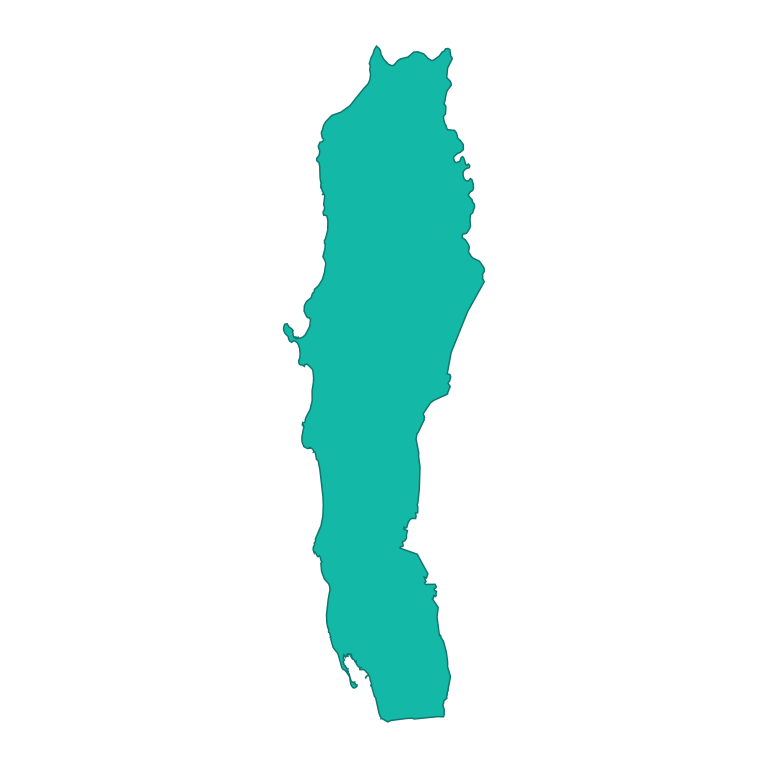 outline of La Union, La Union, Philippines
{"feature_id": "2640588B50881283310688", "entity_name": "La Union", "entity_type": "district", "adm_level": 2, "iso_a3": "PHL", "parent_name": "Philippines", "parent_adm1": "La Union", "projection": "equal_earth", "projection_center": [120.343, 16.561], "detail": "fine", "context": "isolated", "style": "filled", "palette": "teal", "viewbox_px": 768, "rotation_deg": 0, "n_neighbors": 0, "source": "geoboundaries", "source_scale": "gbopen_adm2", "svg_char_len": 6089}
<svg xmlns="http://www.w3.org/2000/svg" viewBox="0 0 768 768"><path d="M484.2,281.8L482.7,278.8L482.6,274.4L484.4,271.0L483.9,267.7L479.4,261.2L473.0,258.1L471.3,256.5L468.5,251.9L469.3,247.3L468.6,244.9L465.2,239.7L462.1,237.6L462.6,234.2L466.5,233.3L469.5,228.8L470.5,226.2L470.0,219.1L470.5,215.2L470.8,214.3L472.5,213.0L474.6,207.0L474.3,204.1L472.7,202.4L472.1,199.7L469.0,196.4L468.5,194.8L469.6,192.4L472.4,190.6L473.5,188.3L473.3,184.4L471.9,179.6L470.5,178.6L468.3,181.0L466.4,180.9L464.2,179.1L463.1,175.5L463.1,172.3L463.7,170.8L466.0,168.7L469.4,167.6L469.7,165.6L468.3,164.0L466.6,165.3L465.7,164.3L463.9,158.3L462.6,156.6L461.2,157.6L459.7,161.5L456.3,162.6L455.4,162.4L454.3,160.7L453.6,158.6L453.9,156.6L457.7,153.3L460.1,152.5L463.4,149.6L463.3,144.5L460.2,140.3L457.9,138.5L456.5,133.0L454.6,130.4L447.6,129.7L447.0,128.9L445.9,125.3L445.2,124.7L443.6,119.0L443.6,115.9L445.5,114.0L445.9,106.9L445.4,105.5L443.9,104.0L444.9,101.1L445.9,94.9L447.1,90.8L451.3,85.2L450.9,82.6L450.0,80.9L446.7,77.6L447.6,68.0L452.2,58.8L452.1,57.8L450.7,55.8L449.9,49.7L448.0,48.5L445.5,48.9L444.2,51.1L442.2,52.0L439.3,56.0L433.7,60.1L431.7,60.6L428.0,58.4L423.9,54.0L417.8,51.8L413.7,52.1L408.1,57.0L400.5,58.9L397.6,60.8L393.9,65.2L391.7,65.6L388.2,64.1L383.7,59.2L381.0,54.3L380.4,50.5L378.9,48.3L376.4,46.1L374.1,50.1L373.0,54.3L371.3,57.1L369.3,63.6L370.3,65.9L369.7,69.8L370.6,74.4L369.9,79.6L368.2,83.7L363.5,88.8L350.0,105.7L340.9,112.2L331.8,115.4L325.7,121.7L323.5,125.7L322.6,129.8L321.5,131.8L321.4,133.6L322.2,137.8L323.4,138.7L323.5,140.1L322.4,141.8L320.0,142.2L318.3,146.2L318.8,148.7L319.7,150.1L319.5,153.6L318.9,155.6L317.0,158.0L316.6,159.5L316.8,160.7L318.9,162.7L319.7,166.0L320.1,177.9L320.7,181.9L321.3,183.1L320.9,183.9L320.8,188.5L321.3,187.1L322.3,191.1L323.6,192.9L322.2,195.1L323.4,193.7L324.3,194.7L324.7,196.5L323.6,204.6L324.7,207.5L324.0,210.6L323.2,211.4L323.2,213.6L323.8,215.4L325.1,215.2L326.9,216.0L327.9,220.8L327.7,230.4L325.4,239.1L324.4,240.5L324.6,243.6L325.3,243.9L324.9,249.0L322.9,256.7L325.2,261.0L325.8,263.7L324.4,272.8L322.4,279.3L320.3,282.9L318.2,286.0L314.5,289.3L314.2,291.9L312.6,293.1L311.1,297.7L306.5,301.5L304.4,305.7L304.1,311.1L306.7,316.7L307.9,317.7L309.5,317.8L310.5,319.8L309.7,326.5L305.4,334.6L303.2,336.8L300.1,338.3L298.4,338.2L298.3,336.5L298.3,338.4L297.1,338.5L297.0,336.8L297.0,338.5L296.2,338.6L295.8,336.4L295.8,338.4L295.4,338.4L295.4,337.7L294.0,337.3L294.2,336.8L293.6,336.8L293.3,336.0L292.6,331.3L293.1,330.6L291.7,328.8L289.0,326.9L287.1,323.7L284.7,324.3L283.7,327.3L283.6,330.0L285.0,333.3L288.3,336.7L288.5,338.6L289.7,341.1L291.7,342.3L293.5,340.8L294.9,341.0L297.2,342.7L298.5,344.9L299.6,348.3L300.1,353.6L299.9,357.4L298.6,361.0L299.1,363.7L300.3,364.8L302.3,365.0L304.4,366.4L304.8,364.7L307.0,364.0L311.9,368.7L312.9,370.5L313.6,377.7L313.4,382.5L312.1,390.6L312.2,400.6L310.0,409.8L306.1,417.1L305.3,419.4L305.1,422.2L302.9,422.8L302.5,423.5L302.3,424.5L302.5,425.6L303.0,425.8L302.4,424.7L302.6,423.5L303.9,426.6L302.0,436.1L301.9,440.1L302.2,442.4L303.9,446.6L307.2,448.5L310.3,448.2L309.7,447.4L310.1,447.3L312.8,449.3L314.0,451.7L313.7,452.1L314.7,451.9L315.6,454.0L316.5,459.5L317.8,460.1L318.2,461.1L319.9,469.8L323.0,497.0L323.3,505.7L322.9,516.0L321.0,525.8L315.5,538.7L315.5,541.6L314.2,543.1L314.6,544.6L313.2,547.5L313.2,550.1L314.2,552.9L314.6,551.8L315.2,552.2L317.4,556.2L318.2,556.7L319.2,555.5L320.1,556.8L321.1,560.8L321.8,561.8L320.9,563.3L321.6,571.4L324.3,578.8L328.8,584.0L329.7,586.7L329.9,590.2L328.3,598.7L326.5,614.8L326.8,622.3L327.8,627.9L328.5,628.3L328.6,632.3L329.6,632.9L330.6,636.8L330.2,637.3L330.8,637.7L331.0,639.9L333.1,647.5L337.9,653.6L341.9,667.7L343.3,669.6L344.3,669.8L346.5,672.0L349.6,676.8L350.6,683.4L351.6,685.9L352.9,687.6L354.2,688.1L356.7,686.6L357.1,685.3L356.9,684.7L355.5,684.6L355.2,683.2L354.0,682.8L354.3,682.1L352.9,682.4L351.1,681.1L349.0,673.7L347.5,671.9L348.3,671.5L347.6,670.3L347.8,669.4L347.3,669.8L347.4,669.0L346.3,667.7L345.7,668.1L346.1,667.4L345.5,667.1L345.5,666.2L343.7,664.3L343.9,663.4L343.0,661.9L344.4,660.1L343.1,657.5L343.9,656.8L343.5,655.5L343.9,654.6L344.7,656.4L345.5,656.1L345.6,657.1L346.6,655.9L347.8,656.2L347.0,654.2L348.3,653.8L348.3,654.6L349.3,654.8L349.6,654.0L350.8,654.2L351.1,654.5L350.8,655.8L351.5,655.5L351.8,656.5L351.4,657.4L352.4,658.0L352.0,658.3L352.2,658.7L354.9,660.5L354.8,661.3L355.9,662.7L356.2,662.1L356.4,664.0L358.4,666.8L360.3,667.5L359.8,667.6L359.8,669.6L364.2,669.7L365.7,671.2L366.1,670.9L365.8,671.3L366.4,672.2L368.1,673.6L368.4,674.6L366.2,676.5L365.8,677.7L365.1,677.5L365.7,678.0L366.4,676.5L368.2,674.9L369.9,677.2L370.1,679.9L371.2,682.4L371.5,684.7L371.3,685.2L370.7,685.3L370.7,685.5L371.3,685.3L371.9,686.9L374.4,696.3L375.7,697.9L379.0,713.1L380.1,716.2L381.0,717.2L381.0,718.8L382.0,718.6L387.8,721.9L390.8,720.5L406.2,718.5L412.7,718.1L414.0,719.0L437.9,716.6L443.5,716.8L444.2,714.2L444.2,709.5L442.9,705.2L443.7,702.5L443.7,701.0L446.9,698.2L446.6,696.0L447.4,694.6L447.1,692.7L448.2,690.4L448.1,689.1L450.5,676.6L447.6,666.9L447.6,661.8L446.3,651.9L443.4,641.2L440.8,637.2L440.7,635.7L440.0,635.0L439.4,635.4L437.0,616.9L438.2,607.5L432.3,598.6L433.4,598.1L433.7,595.6L435.3,596.5L436.2,595.7L436.0,593.7L436.5,591.4L434.7,590.6L434.1,589.7L434.4,588.6L436.0,587.7L436.3,586.8L435.1,584.3L425.5,584.4L424.7,583.4L424.6,582.8L426.0,581.7L424.2,577.1L426.4,578.0L427.9,573.8L417.2,554.2L400.1,548.2L400.1,547.4L400.3,546.9L402.2,546.6L403.2,545.7L402.4,542.3L405.3,540.2L406.5,538.0L406.5,534.5L407.5,530.6L404.1,529.3L403.6,528.0L404.0,527.1L405.6,528.1L406.7,527.6L408.2,522.4L410.1,519.5L411.6,518.5L415.6,518.5L416.1,516.1L415.5,512.9L417.6,512.8L417.8,511.8L417.7,506.4L417.1,504.5L417.8,503.1L419.3,489.1L420.0,466.8L418.6,456.9L418.7,452.9L416.0,438.7L417.2,433.3L418.0,432.7L424.2,419.8L424.0,418.5L424.6,417.3L423.4,414.5L423.6,413.0L430.5,402.8L434.1,400.2L447.6,394.0L447.8,392.4L450.2,386.7L448.2,383.6L448.1,382.7L449.6,380.9L450.7,376.8L449.9,374.5L447.2,373.9L451.2,352.3L467.6,311.6L484.2,281.8Z" fill="#14b8a6" stroke="#0f766e" stroke-width="1.5"/></svg>